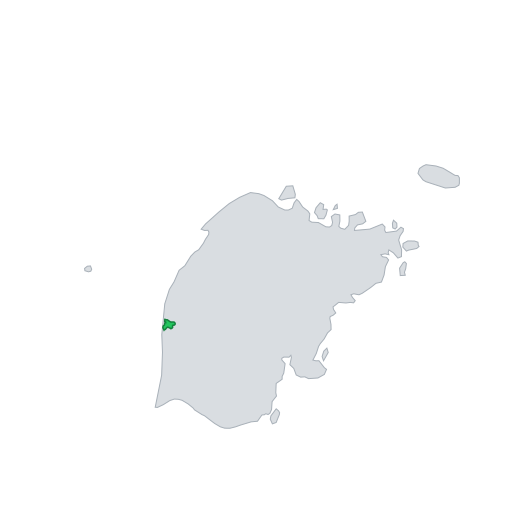 Donghae-si, Gangwon, South Korea (highlighted), rotated 215°
{"feature_id": "91817680B21216327036282", "entity_name": "Donghae-si", "entity_type": "district", "adm_level": 2, "iso_a3": "KOR", "parent_name": "South Korea", "parent_adm1": "Gangwon", "projection": "natural_earth1", "projection_center": [129.058, 37.511], "detail": "fine", "context": "in_parent", "style": "filled", "palette": "green", "viewbox_px": 512, "rotation_deg": 215, "n_neighbors": 0, "source": "geoboundaries", "source_scale": "gbopen_adm2", "svg_char_len": 4007}
<svg xmlns="http://www.w3.org/2000/svg" viewBox="0 0 512 512"><g transform="rotate(215 256 256)"><path d="M158.2,130.6L159.9,129.3L160.0,127.5L160.0,121.5L164.8,117.4L171.5,108.9L174.8,104.3L178.6,99.9L182.9,97.0L187.2,95.6L193.9,95.1L206.7,95.6L209.2,95.1L218.1,94.7L220.2,95.4L226.6,95.9L233.8,95.4L237.4,94.1L240.8,92.0L243.7,88.1L246.7,81.0L249.9,75.4L251.8,74.3L264.9,104.2L277.4,123.5L288.1,137.6L303.3,164.5L307.8,179.0L308.3,187.9L310.8,200.2L308.7,207.2L309.3,218.4L308.4,224.1L306.5,228.3L306.4,236.4L307.0,240.7L307.1,246.4L308.3,248.6L310.1,249.5L312.8,247.4L316.3,246.5L315.7,253.4L311.6,270.9L308.0,283.6L303.1,294.6L296.9,304.8L289.4,308.7L284.2,310.1L274.2,310.7L265.9,308.9L258.7,310.2L255.8,312.3L253.7,315.9L255.3,321.5L255.1,325.7L252.0,325.3L245.9,322.9L239.2,322.6L236.1,321.4L232.9,315.5L229.7,315.7L224.1,319.2L215.5,320.0L212.4,321.9L211.4,324.4L212.6,327.5L216.9,331.5L215.4,335.7L210.9,337.7L207.3,332.7L205.1,327.7L202.5,327.4L198.6,328.8L197.7,334.2L199.6,337.9L202.6,342.1L198.3,347.0L197.2,350.5L194.1,353.0L185.9,347.4L187.1,343.5L190.7,339.7L191.2,335.7L190.0,333.4L178.2,343.3L170.9,354.6L167.0,353.8L165.4,350.9L163.1,349.7L155.2,357.0L153.8,362.7L150.9,363.0L149.6,360.5L149.6,355.3L148.3,350.9L140.2,344.5L136.5,338.9L138.6,335.7L145.3,337.4L150.7,337.2L149.7,334.6L147.9,333.3L151.5,331.8L154.5,328.7L152.0,327.9L148.3,329.7L145.1,328.8L143.9,321.5L140.2,313.9L138.3,306.6L142.1,302.4L144.0,295.9L147.6,286.4L149.4,283.3L154.3,281.1L156.0,278.7L153.3,277.4L149.1,276.3L149.2,273.6L152.1,272.1L155.4,269.1L161.7,265.4L163.7,258.5L161.9,256.7L158.0,255.1L158.9,251.6L160.5,249.0L159.9,247.4L155.3,242.9L152.3,238.8L153.3,234.1L152.6,227.0L153.1,221.1L152.9,217.9L150.7,210.7L149.7,203.4L146.8,204.5L144.4,206.3L135.9,203.7L133.2,203.6L132.1,198.2L135.3,191.6L142.6,185.7L146.7,185.0L149.9,182.4L154.8,181.6L160.6,185.6L165.9,186.4L168.8,193.2L170.5,194.7L170.9,192.1L175.2,189.2L176.2,187.0L175.3,185.7L170.4,184.5L166.1,176.0L165.5,172.3L163.9,170.0L166.4,163.2L161.4,155.4L158.9,153.0L159.3,146.0L156.7,141.6L155.2,139.2L154.4,135.0L155.2,133.1L157.5,132.4L158.2,130.6ZM139.2,436.2L136.7,437.7L134.4,436.8L133.8,436.1L131.1,432.2L130.4,430.3L132.3,426.5L139.9,420.3L159.5,414.3L163.0,414.1L170.7,416.6L172.3,421.4L170.8,425.5L169.1,428.3L160.1,433.0L153.1,435.2L139.2,436.2ZM271.2,330.5L266.1,334.6L259.2,329.1L257.5,326.0L262.8,321.5L267.2,316.4L270.2,316.0L271.2,330.5ZM234.5,330.0L233.9,336.5L230.0,336.9L227.8,332.6L225.3,334.7L224.0,334.7L222.1,329.5L221.8,325.4L226.4,322.3L229.1,324.1L233.0,325.1L234.5,330.0ZM134.7,359.2L131.2,360.2L129.3,357.9L127.9,357.3L128.7,354.3L134.4,348.3L135.6,346.3L140.8,347.5L142.7,350.6L140.3,355.4L134.7,359.2ZM152.1,133.6L151.8,142.4L148.8,142.1L146.8,141.2L145.9,139.4L144.0,131.2L146.3,127.9L150.7,130.5L152.1,133.6ZM131.6,335.0L130.8,336.6L128.5,336.1L126.1,331.5L125.1,327.9L122.7,325.8L126.6,322.7L131.4,328.4L131.6,335.0ZM145.9,216.9L145.1,221.2L141.5,218.4L140.6,208.9L144.2,211.6L145.9,216.9ZM388.3,150.9L385.9,152.9L383.0,150.9L382.6,148.8L384.1,147.0L387.7,145.8L389.3,147.5L388.3,150.9ZM163.0,361.0L163.9,364.2L159.5,363.6L157.1,360.5L157.5,357.9L160.1,357.5L163.0,361.0ZM220.0,342.8L219.3,344.9L216.6,341.7L219.3,338.3L220.0,342.8Z" fill="#d9dde1" stroke="#a8b0b8" stroke-width="1"/><path d="M284.1,147.6L283.8,147.9L283.5,148.4L283.4,148.9L283.3,149.6L283.7,150.1L284.3,150.8L284.3,151.8L283.6,152.2L283.3,152.6L283.1,153.1L283.1,153.4L283.1,153.6L283.3,154.1L283.7,154.5L284.3,154.8L285.2,154.9L286.2,154.3L287.4,153.4L288.0,153.0L289.0,152.9L290.0,152.9L290.9,152.9L292.0,152.9L292.5,152.5L293.8,152.0L294.3,151.9L294.2,151.4L293.7,150.8L293.5,150.3L293.2,150.0L292.7,150.1L292.3,150.2L291.9,149.8L292.3,149.7L292.3,149.1L291.9,147.9L291.5,147.2L291.4,146.7L291.6,146.4L291.7,146.1L291.8,145.7L291.8,145.2L291.5,144.6L291.4,144.2L290.9,143.7L288.8,142.5L288.8,143.0L288.1,143.9L288.1,145.1L287.8,146.7L287.4,147.2L285.3,147.5L284.4,147.8L284.1,147.6Z" fill="#22c55e" stroke="#15803d" stroke-width="1.5"/></g></svg>